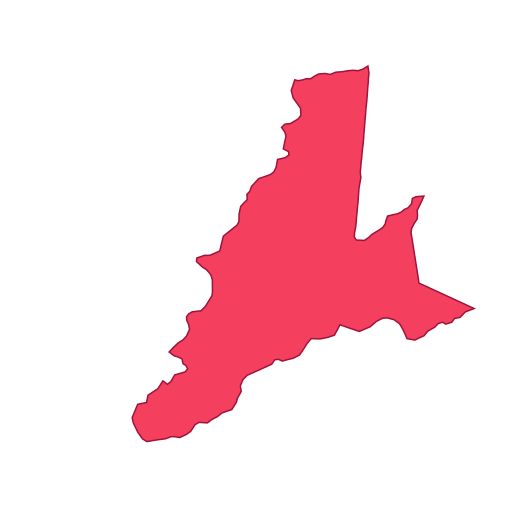 Augustinópolis, Tocantins, Brazil, rotated 65°
{"feature_id": "56859067B65363701866264", "entity_name": "Augustinópolis", "entity_type": "district", "adm_level": 2, "iso_a3": "BRA", "parent_name": "Brazil", "parent_adm1": "Tocantins", "projection": "robinson", "projection_center": [-47.935, -5.523], "detail": "fine", "context": "isolated", "style": "filled", "palette": "rose", "viewbox_px": 512, "rotation_deg": 65, "n_neighbors": 0, "source": "geoboundaries", "source_scale": "gbopen_adm2", "svg_char_len": 2746}
<svg xmlns="http://www.w3.org/2000/svg" viewBox="0 0 512 512"><g transform="rotate(65 256 256)"><path d="M383.4,415.3L383.9,409.2L385.5,405.9L388.3,401.8L388.3,394.2L387.3,389.2L383.2,382.7L382.7,378.0L386.7,370.6L385.5,365.0L385.3,358.8L383.9,353.5L384.3,348.4L385.0,342.9L380.2,335.5L377.2,333.1L372.6,326.7L367.1,325.1L362.7,320.3L360.4,314.5L360.6,299.2L360.7,287.4L358.0,283.0L359.1,279.4L362.3,276.6L363.5,269.8L364.4,265.7L364.1,258.3L360.8,252.7L356.7,246.3L354.2,240.9L358.3,232.8L360.1,225.3L360.9,218.4L357.1,213.2L353.8,209.0L361.8,200.8L368.0,194.3L368.4,182.4L366.2,174.6L365.9,167.3L367.8,162.9L372.2,157.7L378.1,154.5L384.8,153.9L390.6,153.9L394.7,154.1L399.3,147.6L399.2,141.6L399.3,137.4L396.7,132.1L396.1,124.2L394.3,119.6L394.8,115.0L397.9,112.8L398.8,106.6L396.5,102.4L397.9,96.9L395.1,89.9L395.8,80.5L349.4,119.8L345.7,118.6L300.1,105.5L296.7,103.2L293.1,98.5L290.6,94.3L287.1,92.3L282.8,90.7L279.6,86.7L276.4,82.8L272.7,78.5L271.2,82.3L269.9,85.9L269.9,89.9L274.5,93.1L276.6,97.8L276.5,102.0L277.6,106.0L277.5,110.1L276.4,114.8L275.4,119.8L278.9,123.4L281.6,125.4L283.8,129.2L284.5,133.6L284.9,137.5L285.4,141.8L286.9,146.3L287.7,151.2L285.8,154.7L284.0,158.3L280.5,158.9L276.4,156.7L272.0,153.5L266.9,150.4L263.5,148.6L259.0,145.9L254.3,143.2L250.3,140.8L238.4,134.2L229.2,127.8L224.3,126.2L220.6,124.0L216.0,121.4L211.8,118.8L207.6,116.4L204.6,114.6L200.6,112.1L195.2,108.9L191.6,107.0L187.5,104.6L184.5,102.9L179.3,100.0L174.4,97.1L168.9,94.1L163.4,90.7L156.7,86.9L149.5,82.9L145.4,80.5L142.3,78.9L138.0,76.3L131.1,74.3L131.8,79.9L131.3,84.9L128.5,90.0L126.8,94.7L125.4,100.0L123.1,106.1L122.8,112.0L119.6,116.6L117.5,122.4L117.8,127.6L118.5,131.8L116.6,135.3L116.1,139.2L115.0,143.6L112.7,146.4L117.0,150.4L120.8,154.1L124.1,154.7L128.4,155.5L140.8,153.2L147.5,155.8L149.6,159.9L150.5,168.9L148.7,174.1L150.2,178.5L155.7,177.5L159.9,178.1L164.7,181.7L170.5,186.0L175.1,182.4L178.4,183.5L179.2,188.2L177.6,195.7L184.1,200.3L187.3,204.2L188.3,208.6L187.0,220.8L191.0,230.6L194.7,234.2L196.3,238.2L201.2,240.1L203.1,245.3L204.6,248.9L210.6,253.5L217.6,256.9L220.0,260.1L224.2,277.2L236.1,286.7L235.9,297.4L233.6,302.6L232.8,310.4L235.9,312.3L243.7,309.1L247.3,306.7L251.0,305.6L254.1,304.9L259.1,305.6L270.5,310.8L273.4,312.7L280.5,323.5L282.4,329.1L279.6,337.4L280.0,341.5L281.8,344.7L284.9,345.9L289.3,346.0L294.2,347.1L299.3,352.9L301.2,357.8L301.9,363.4L303.8,369.0L306.3,375.3L311.9,372.4L314.1,369.8L317.8,366.6L322.8,367.6L325.6,365.8L329.3,365.6L331.1,369.2L329.4,379.9L333.9,386.4L334.8,390.6L329.8,393.1L334.8,401.0L336.5,412.7L342.5,417.1L340.4,425.9L350.1,436.5L355.1,437.7L359.9,437.7L365.7,437.6L373.7,436.2L378.1,433.3L380.5,424.5L383.4,415.3Z" fill="#f43f5e" stroke="#9f1239" stroke-width="1.5"/></g></svg>